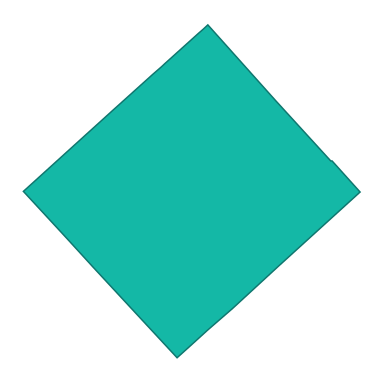 the district of Sumner, Kansas, United States of America, rotated 138°
{"feature_id": "52423323B29617609063992", "entity_name": "Sumner", "entity_type": "district", "adm_level": 2, "iso_a3": "USA", "parent_name": "United States of America", "parent_adm1": "Kansas", "projection": "orthographic", "projection_center": [-97.506, 37.238], "detail": "fine", "context": "isolated", "style": "filled", "palette": "teal", "viewbox_px": 384, "rotation_deg": 138, "n_neighbors": 0, "source": "geoboundaries", "source_scale": "gbopen_adm2", "svg_char_len": 517}
<svg xmlns="http://www.w3.org/2000/svg" viewBox="0 0 384 384"><g transform="rotate(138 192 192)"><path d="M197.5,305.7L226.9,305.6L231.6,305.6L258.8,305.5L316.9,305.3L316.1,243.7L315.8,201.9L315.2,160.5L314.0,78.8L293.3,78.8L273.4,78.9L266.9,78.8L239.4,78.3L177.6,79.0L67.1,79.5L67.1,121.3L68.1,122.3L68.7,203.8L68.4,305.6L75.5,305.5L81.1,305.6L108.3,305.6L126.0,305.6L131.1,305.5L142.7,305.7L158.6,305.7L165.5,305.7L172.8,305.7L193.5,305.7L197.5,305.7Z" fill="#14b8a6" stroke="#0f766e" stroke-width="1.5"/></g></svg>